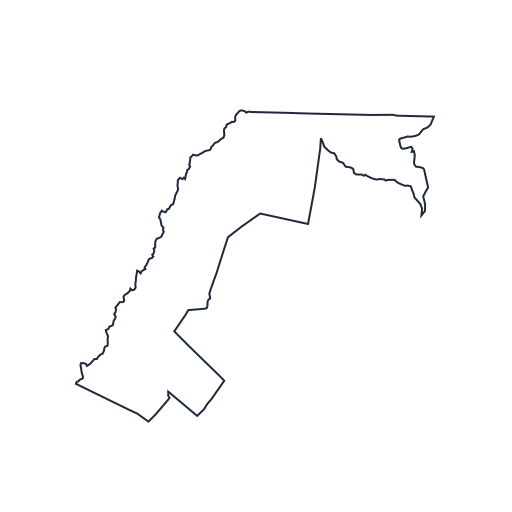 Itaipava do Grajaú, Maranhão, Brazil, rotated 349°
{"feature_id": "56859067B17449288962425", "entity_name": "Itaipava do Grajaú", "entity_type": "district", "adm_level": 2, "iso_a3": "BRA", "parent_name": "Brazil", "parent_adm1": "Maranhão", "projection": "robinson", "projection_center": [-45.67, -5.218], "detail": "fine", "context": "isolated", "style": "outline", "palette": "slate", "viewbox_px": 512, "rotation_deg": 349, "n_neighbors": 0, "source": "geoboundaries", "source_scale": "gbopen_adm2", "svg_char_len": 3804}
<svg xmlns="http://www.w3.org/2000/svg" viewBox="0 0 512 512"><g transform="rotate(349 256 256)"><path d="M93.9,313.2L93.1,315.8L90.6,316.2L89.3,317.9L88.9,319.7L86.8,322.6L84.6,323.1L83.1,324.0L81.6,325.1L80.0,326.8L77.7,326.3L74.5,328.8L72.8,330.2L70.7,331.0L69.1,331.7L68.5,329.5L66.2,328.2L63.7,327.8L62.9,329.5L62.8,334.1L62.7,338.1L63.1,341.1L62.7,343.0L59.3,343.9L57.6,345.2L55.9,345.4L54.8,347.1L102.9,383.4L109.3,388.0L113.7,392.6L116.6,395.7L118.9,398.0L127.7,392.0L141.7,380.8L144.0,378.9L143.2,376.3L144.0,372.4L166.5,400.2L167.8,401.7L175.7,396.5L177.9,394.2L179.7,392.2L182.6,389.8L184.9,388.0L201.0,372.4L200.1,370.8L197.3,366.7L172.4,330.8L168.9,325.6L161.4,314.4L175.5,300.4L179.2,296.2L195.9,298.0L197.6,297.8L198.7,296.1L199.8,291.6L200.9,289.9L203.0,288.8L203.0,284.1L204.2,281.7L210.8,270.5L213.9,265.4L224.0,246.8L232.0,232.3L233.9,231.3L247.0,224.6L268.2,215.1L310.6,233.4L313.2,234.5L326.7,200.2L337.7,168.1L339.3,163.6L342.2,152.8L342.6,154.5L343.5,158.5L343.8,161.6L347.6,167.0L349.5,168.8L352.5,170.2L353.8,173.6L353.8,176.6L355.8,179.3L357.5,180.2L359.3,181.3L360.3,183.8L361.1,185.5L363.9,186.4L366.4,187.5L368.1,189.3L368.0,193.0L369.8,195.0L372.7,195.7L375.3,196.2L377.2,197.8L378.8,197.1L380.4,198.7L382.6,200.3L384.2,201.6L386.4,202.8L388.6,203.9L391.4,204.1L393.3,204.3L395.1,204.9L396.8,205.5L397.9,206.8L399.8,206.4L406.4,207.7L408.4,210.2L409.6,211.4L412.0,213.2L416.0,215.7L418.1,215.7L421.2,217.1L421.6,219.5L421.9,221.6L422.7,225.7L422.7,228.7L424.2,231.2L427.2,236.2L428.1,241.3L427.0,244.7L426.1,247.8L430.4,244.1L431.7,238.6L431.8,235.8L431.5,229.3L434.7,225.3L438.0,221.6L437.5,203.0L436.4,201.4L434.7,200.5L433.1,199.8L430.2,198.9L429.2,197.2L428.8,194.9L431.0,187.8L431.1,183.3L428.7,183.5L430.2,180.6L429.1,178.4L424.1,178.9L420.5,178.8L419.2,177.7L418.7,175.4L418.7,172.8L418.5,170.7L418.9,168.8L421.0,168.2L424.7,168.0L427.7,167.6L430.6,168.5L435.7,168.5L439.2,167.8L444.2,163.5L448.4,162.7L451.2,161.2L452.7,159.9L457.2,153.1L422.7,145.5L420.9,145.1L417.2,143.5L395.4,139.4L337.7,126.8L329.6,125.0L313.8,121.4L279.1,113.8L275.8,112.8L273.9,113.5L272.3,111.5L269.9,110.4L268.0,110.3L266.6,111.1L265.2,112.3L263.7,113.2L262.1,115.5L261.5,119.2L259.6,120.2L258.0,119.7L256.0,120.5L253.8,121.0L252.2,121.5L251.3,123.7L249.4,124.7L248.4,126.8L248.2,129.6L247.9,131.5L246.6,133.7L244.3,134.3L242.2,135.6L239.9,136.8L237.1,137.2L234.8,139.3L233.0,140.4L231.7,142.7L229.8,143.3L227.9,143.1L225.1,143.6L222.9,144.6L220.6,145.2L217.7,146.2L215.0,145.3L213.6,144.5L212.1,145.7L210.3,146.8L209.8,148.9L208.9,151.4L207.8,153.9L208.4,155.6L206.7,157.8L204.9,158.4L204.4,160.3L203.1,161.9L202.3,163.8L201.1,166.8L200.1,165.4L198.4,166.5L196.2,164.7L193.8,166.6L193.1,169.5L192.4,171.7L192.3,175.1L191.5,177.1L190.0,178.9L188.4,181.0L187.7,182.7L186.5,185.4L185.3,187.9L184.5,189.4L182.6,189.7L180.6,191.6L179.4,193.2L177.7,193.2L176.8,194.7L175.6,195.8L173.6,194.8L172.2,193.5L169.9,195.8L169.2,197.5L168.1,199.5L169.1,201.8L169.1,205.1L169.1,208.0L170.6,210.5L169.6,212.8L170.1,214.7L168.2,216.9L166.7,219.1L163.8,219.9L161.8,220.1L160.1,222.3L159.5,224.3L159.0,226.4L158.7,228.4L156.9,229.2L157.2,231.5L155.8,234.1L154.4,234.9L155.0,237.0L153.6,238.0L150.3,238.6L148.7,241.1L147.7,242.5L146.3,244.2L144.4,246.0L144.9,247.8L143.0,248.2L140.9,249.1L139.4,251.0L138.1,248.8L136.6,247.7L135.3,251.1L134.0,254.5L133.5,256.8L132.3,260.2L132.0,262.1L131.8,264.1L129.7,266.0L127.8,266.0L126.5,264.1L125.3,266.4L122.5,268.1L119.5,269.3L118.1,270.7L118.2,273.1L117.9,275.2L116.4,275.8L113.4,275.3L111.6,277.0L110.0,278.2L108.2,279.8L108.4,282.0L107.3,284.4L105.7,286.0L106.7,289.0L105.4,291.0L104.1,292.2L103.1,294.4L102.5,296.4L100.5,297.1L98.7,297.3L97.2,299.4L94.4,300.1L94.7,303.5L95.5,306.4L94.4,309.5L93.9,313.2Z" fill="none" stroke="#1e293b" stroke-width="2"/></g></svg>